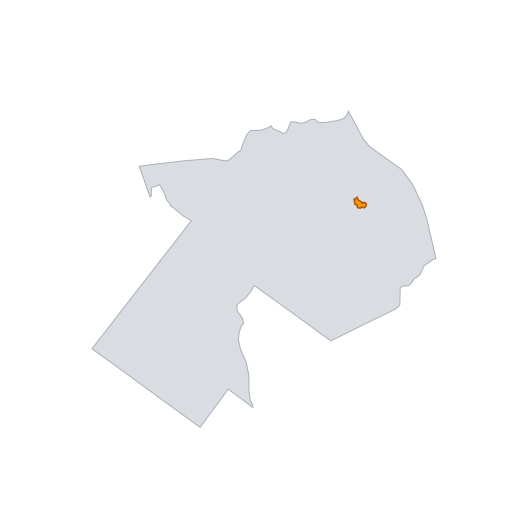 location of Acatenango, Chimaltenango, Guatemala, rotated 216°
{"feature_id": "79465075B13136333773356", "entity_name": "Acatenango", "entity_type": "district", "adm_level": 2, "iso_a3": "GTM", "parent_name": "Guatemala", "parent_adm1": "Chimaltenango", "projection": "robinson", "projection_center": [-90.976, 14.55], "detail": "fine", "context": "in_parent", "style": "filled", "palette": "amber", "viewbox_px": 512, "rotation_deg": 216, "n_neighbors": 0, "source": "geoboundaries", "source_scale": "gbopen_adm2", "svg_char_len": 2999}
<svg xmlns="http://www.w3.org/2000/svg" viewBox="0 0 512 512"><g transform="rotate(216 256 256)"><path d="M108.8,359.5L110.7,357.3L112.3,352.4L114.3,347.3L113.1,341.3L112.4,336.6L114.7,329.6L114.5,324.3L115.5,321.1L118.9,319.0L120.6,315.0L111.1,301.3L111.1,298.2L112.4,294.3L120.2,279.6L129.4,262.2L139.5,242.9L145.6,231.3L167.8,231.3L182.5,231.3L201.2,231.3L221.4,231.2L234.7,231.2L240.2,231.1L239.3,223.6L240.0,215.2L242.4,207.7L242.4,204.3L238.5,200.3L230.8,197.9L226.5,194.3L226.5,189.7L224.6,184.2L220.9,177.7L213.1,171.0L201.4,164.2L191.5,155.1L183.2,143.7L176.3,136.3L170.9,133.3L169.6,131.6L185.3,131.8L200.2,131.9L200.3,115.5L200.4,100.9L200.5,84.5L227.3,84.5L259.4,84.5L292.7,84.6L318.9,84.6L334.2,84.6L333.6,105.0L332.8,128.6L332.3,146.0L331.5,169.2L330.8,192.9L329.7,225.2L329.1,246.1L329.4,246.6L338.2,245.6L351.1,246.5L354.3,246.4L358.3,248.2L361.3,248.8L367.9,253.5L375.7,257.0L380.6,249.9L378.0,245.5L376.0,243.3L376.3,241.4L403.2,260.0L400.1,262.9L393.2,269.5L380.9,280.8L369.8,291.0L359.1,300.2L349.5,308.5L348.4,309.3L336.2,315.2L334.2,317.9L331.6,329.6L330.4,332.5L332.6,339.0L334.8,349.1L334.1,354.3L325.7,360.8L321.8,366.6L320.1,370.4L318.6,369.4L316.0,369.1L309.9,370.6L307.0,370.9L304.6,372.6L304.4,376.2L306.0,382.0L306.6,385.1L304.9,386.5L297.4,390.0L294.5,393.5L291.7,398.9L288.4,401.1L285.0,400.7L282.6,401.5L277.5,405.6L269.7,413.4L265.6,419.2L265.5,423.6L266.3,427.5L238.0,413.7L228.6,411.3L188.9,411.6L171.9,406.2L152.5,395.7L139.4,386.2L108.8,359.5Z" fill="#d9dde1" stroke="#a8b0b8" stroke-width="1"/><path d="M202.6,355.2L202.4,355.1L202.1,355.0L201.7,354.9L201.0,355.3L200.6,355.6L200.4,355.8L200.1,355.9L199.9,356.1L199.5,356.3L199.4,356.4L199.4,357.6L199.4,357.8L199.1,357.9L198.3,358.1L198.2,358.1L197.5,358.3L197.2,358.4L196.9,358.6L196.8,358.8L196.7,359.0L196.5,359.8L196.4,360.3L196.3,360.6L196.4,360.9L196.5,361.2L196.8,361.6L197.0,361.8L197.1,362.0L197.1,362.3L197.0,362.5L197.1,362.9L197.3,363.3L197.3,363.2L197.5,363.1L197.5,362.9L197.8,362.9L198.0,362.9L198.3,362.9L198.3,363.0L198.5,363.3L198.8,363.3L198.8,363.2L199.0,363.0L199.3,363.0L199.3,362.9L199.5,362.8L199.6,362.7L199.8,362.6L200.0,362.5L200.0,362.4L200.2,362.2L200.3,362.2L200.5,362.0L200.5,361.9L200.6,362.0L200.8,362.0L201.0,362.1L201.3,362.0L201.3,361.9L201.4,361.7L201.3,361.4L201.5,361.3L201.5,361.2L201.8,361.1L202.3,361.3L202.6,361.4L202.8,361.5L203.5,361.6L203.9,361.7L204.7,361.7L205.6,361.4L206.3,361.5L206.8,361.7L207.2,361.9L207.5,362.1L208.0,362.4L208.7,363.1L208.8,363.1L208.8,362.8L209.0,361.7L209.1,360.6L209.3,360.5L209.6,360.3L209.8,360.0L210.1,359.8L210.1,359.6L209.7,359.4L209.5,359.2L209.3,359.0L209.1,358.9L208.8,358.8L208.7,358.8L208.6,358.6L208.6,358.2L208.1,357.6L207.8,357.5L207.6,357.2L207.3,357.0L207.1,356.6L206.8,356.3L206.8,356.2L206.6,356.0L206.1,356.2L205.8,356.3L205.5,356.4L205.2,356.5L204.8,356.6L204.7,356.7L204.4,356.8L204.1,356.7L203.9,356.5L203.8,356.1L203.6,355.8L202.9,355.3L202.6,355.2Z" fill="#f59e0b" stroke="#b45309" stroke-width="1.5"/></g></svg>